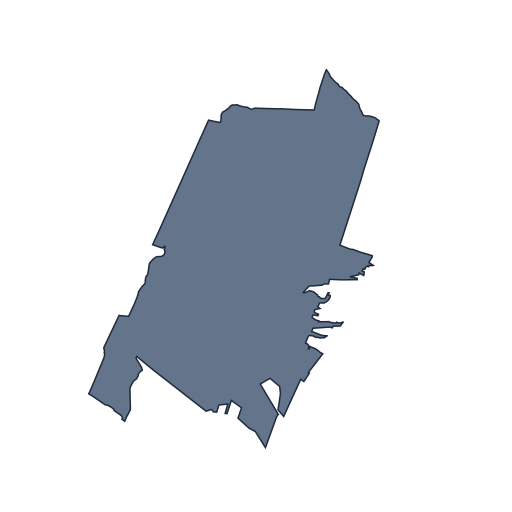 outline of Negrilesti, Galati, Romania, rotated 289°
{"feature_id": "2599482B95642529629625", "entity_name": "Negrilesti", "entity_type": "district", "adm_level": 2, "iso_a3": "ROU", "parent_name": "Romania", "parent_adm1": "Galati", "projection": "mercator", "projection_center": [27.515, 45.952], "detail": "fine", "context": "isolated", "style": "filled", "palette": "slate", "viewbox_px": 512, "rotation_deg": 289, "n_neighbors": 0, "source": "geoboundaries", "source_scale": "gbopen_adm2", "svg_char_len": 6111}
<svg xmlns="http://www.w3.org/2000/svg" viewBox="0 0 512 512"><g transform="rotate(289 256 256)"><path d="M423.7,328.5L424.0,328.1L424.3,327.7L424.3,327.0L424.5,326.4L424.7,325.8L424.9,325.4L425.1,325.0L425.2,324.7L425.5,323.6L425.5,322.7L425.5,322.1L425.5,321.6L425.4,320.8L425.6,320.1L425.3,319.7L425.2,319.2L425.3,318.7L425.4,318.0L425.1,317.0L424.9,316.1L424.7,315.7L424.4,315.2L424.2,314.1L424.0,313.2L424.0,312.1L424.2,311.6L424.3,311.0L424.6,310.5L425.6,310.0L426.0,309.5L426.6,309.0L427.1,308.6L427.8,307.9L427.9,307.6L428.1,307.3L428.4,306.9L430.5,305.3L431.1,305.0L431.6,304.5L431.9,304.3L432.3,304.2L433.1,303.5L433.3,303.1L433.5,302.6L434.2,301.7L434.5,300.9L434.9,300.4L435.0,300.1L435.2,299.8L435.4,298.8L436.0,297.2L436.2,296.7L436.4,296.3L437.1,295.2L437.8,294.2L437.9,293.9L438.5,292.7L438.8,292.0L439.0,291.6L439.3,291.1L439.5,290.6L439.8,290.2L440.4,289.0L440.7,288.6L440.9,288.3L441.2,287.9L441.4,287.6L441.6,286.7L441.7,286.3L441.8,285.9L442.0,285.2L443.5,282.2L443.3,281.5L443.2,280.5L443.4,280.0L443.5,279.7L443.7,279.3L444.0,279.0L444.2,278.7L444.5,278.5L444.6,278.2L444.7,277.9L445.1,277.8L445.3,277.6L445.5,276.9L445.7,275.8L446.5,274.0L447.8,271.4L448.5,270.2L449.6,268.2L450.2,267.4L450.8,266.9L451.6,266.5L452.5,265.3L452.8,265.0L453.0,264.8L453.4,264.2L455.0,262.0L454.6,261.8L454.1,261.7L453.4,261.7L452.5,261.7L451.4,261.7L449.7,261.5L446.7,261.6L443.8,261.6L442.3,261.7L440.9,261.7L439.6,261.7L438.4,261.7L437.1,261.7L436.0,261.7L435.1,261.8L433.0,262.0L431.5,262.1L430.0,262.2L427.6,262.3L426.3,262.4L422.5,262.6L421.7,262.7L421.0,262.7L420.0,262.7L413.0,263.5L408.2,248.3L406.9,244.1L403.4,231.9L402.6,229.9L402.5,229.5L396.8,211.3L395.7,207.5L395.3,206.5L394.9,206.0L394.3,205.5L393.3,204.1L393.2,203.5L393.3,202.1L393.5,201.2L393.7,199.9L393.8,199.4L393.5,197.9L393.1,196.2L392.9,194.4L392.8,193.2L392.8,192.4L392.7,191.5L392.7,190.6L392.9,189.6L392.8,189.0L392.6,188.4L392.3,187.6L391.8,186.6L391.4,185.2L391.1,184.4L390.5,183.9L390.0,183.4L389.4,182.9L388.5,182.8L387.5,182.3L386.1,181.5L385.6,181.3L385.1,180.5L384.0,180.1L382.9,179.2L382.3,178.6L381.4,177.8L380.9,177.5L380.3,177.5L379.3,177.3L377.9,177.2L377.1,177.4L376.6,177.5L376.1,177.7L374.0,178.4L372.9,178.6L372.0,178.8L371.4,178.6L370.6,178.6L370.1,175.5L369.8,173.5L369.4,170.2L369.2,168.3L369.0,166.9L253.7,156.6L233.0,154.6L233.0,164.6L234.4,166.1L235.3,166.1L235.2,166.8L233.8,167.3L233.0,166.9L232.9,166.9L232.6,166.9L232.3,167.1L231.4,167.9L231.0,168.2L230.8,168.4L230.2,168.5L229.5,168.7L229.1,168.8L228.7,168.8L228.1,168.8L227.8,168.7L225.9,167.7L225.3,167.4L225.2,167.2L224.7,166.5L223.8,164.4L223.5,163.3L223.0,162.5L222.0,161.4L219.6,159.8L215.7,158.1L215.1,157.9L214.5,157.8L213.7,157.7L213.3,157.7L212.5,157.9L212.0,158.1L211.6,158.2L211.3,158.2L210.9,158.2L210.4,158.2L210.1,158.3L208.0,158.9L207.7,159.0L206.7,159.0L205.9,159.1L205.4,159.2L204.5,159.4L203.8,159.6L203.4,159.6L203.2,159.5L202.4,159.3L201.7,159.0L200.9,158.8L200.1,158.7L199.8,158.7L199.3,158.8L198.9,158.9L198.3,159.0L198.1,159.1L197.7,159.1L197.0,159.1L196.5,159.4L195.9,159.7L195.2,159.9L194.5,159.9L193.6,159.8L193.1,159.7L191.8,159.1L190.3,158.3L189.4,158.1L187.7,157.5L186.0,157.1L185.1,156.8L184.0,156.6L183.2,156.7L180.9,156.9L179.9,156.9L178.8,157.0L176.6,156.9L170.7,156.6L170.0,156.5L160.7,155.5L159.0,155.3L157.5,155.2L155.4,147.0L155.3,145.9L121.7,142.1L119.4,142.0L117.6,143.2L116.3,143.9L115.2,143.9L114.5,144.5L113.5,145.0L112.0,145.1L110.9,145.4L87.0,144.0L73.6,143.0L71.2,142.7L70.1,147.8L66.2,161.8L66.6,164.2L65.8,168.9L65.4,169.5L65.0,171.3L64.2,171.8L63.6,172.4L62.6,176.0L62.0,178.2L61.4,180.2L61.0,180.8L60.5,181.5L59.7,182.2L58.9,182.5L58.5,182.5L58.0,182.4L57.3,184.7L57.0,185.7L60.6,185.9L62.2,186.1L65.8,186.7L68.8,187.1L69.9,187.1L70.9,186.9L73.1,186.1L81.6,182.9L89.9,179.9L93.0,180.1L96.1,180.5L98.3,181.3L99.4,181.9L101.1,183.2L102.8,183.2L103.8,183.6L105.1,183.5L106.0,183.3L106.8,183.3L109.1,184.2L110.8,185.7L112.2,184.9L113.7,183.8L120.2,175.9L122.2,176.0L115.0,195.3L93.0,259.3L93.7,260.2L94.1,260.9L96.3,263.5L95.8,265.2L94.7,266.4L95.6,269.7L103.0,269.4L106.8,277.5L97.1,278.1L97.5,279.9L111.4,279.7L107.8,291.7L96.8,291.8L90.9,305.6L89.8,312.5L77.9,327.3L101.1,327.7L109.4,327.8L112.1,328.1L112.8,328.2L113.4,328.8L136.3,301.7L137.5,302.7L144.9,309.1L140.4,320.8L133.9,323.9L124.9,325.6L117.7,326.9L113.3,334.4L153.9,338.4L152.9,342.1L162.6,344.6L162.9,343.4L185.3,351.0L185.7,348.4L186.2,346.7L186.8,345.4L187.1,344.5L187.6,342.6L187.8,341.0L187.8,338.2L188.0,336.8L185.2,336.3L185.3,335.6L188.1,335.9L188.3,334.9L188.6,334.3L189.2,334.1L189.5,333.4L189.7,332.7L189.6,331.9L189.7,331.2L191.4,331.3L195.2,331.4L197.7,331.8L198.2,332.3L198.5,333.3L199.0,336.1L198.9,337.4L198.5,338.9L199.2,340.7L199.2,342.2L199.3,343.1L199.6,344.0L200.3,345.2L200.7,346.7L200.7,346.9L202.2,348.0L202.8,348.8L203.3,349.1L203.7,349.1L202.8,346.1L202.4,342.8L202.8,333.3L206.2,333.3L210.9,344.4L212.8,348.8L212.9,351.5L214.8,351.9L217.2,358.4L217.9,358.9L219.0,358.9L221.7,360.0L221.9,359.6L220.3,357.8L219.6,356.0L219.7,353.9L218.7,353.5L218.7,353.1L218.4,352.5L217.5,348.3L217.6,345.8L217.1,344.8L216.0,341.7L214.3,336.6L215.2,336.5L214.9,333.3L216.2,329.0L217.2,329.0L218.6,329.0L219.0,329.7L219.6,334.0L221.3,334.0L221.6,329.8L223.1,329.0L224.6,329.2L227.2,333.7L228.2,330.8L230.3,331.3L232.3,331.3L233.7,335.7L235.9,337.6L238.2,338.9L239.6,339.3L240.7,339.1L241.3,339.5L242.8,339.1L242.8,338.2L242.7,336.8L244.9,337.1L244.7,336.1L238.4,335.3L237.0,331.4L238.0,329.1L238.1,327.6L239.2,326.8L240.9,322.0L240.7,317.9L237.3,314.3L236.8,313.4L236.9,312.5L245.0,316.1L246.4,319.9L249.9,327.9L251.9,329.7L253.1,333.6L257.9,333.2L261.3,344.6L266.6,359.5L267.8,359.0L267.0,351.6L271.7,359.3L273.4,358.9L272.6,364.2L274.1,364.1L276.3,363.4L276.4,361.2L278.5,361.3L278.7,362.9L279.3,363.3L280.8,363.2L281.7,364.0L282.7,364.4L282.5,365.1L282.7,366.2L284.0,366.1L284.5,368.6L285.3,370.0L285.8,368.2L286.5,365.0L289.7,365.5L292.8,366.2L294.1,365.8L294.0,360.7L293.6,353.8L293.8,345.6L293.1,342.7L293.6,331.8L360.7,330.5L372.5,329.9L401.0,329.3L423.7,328.5Z" fill="#64748b" stroke="#1e293b" stroke-width="1.5"/></g></svg>